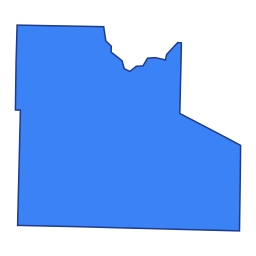 the district of Laclede, Missouri, United States of America
{"feature_id": "52423323B33468312624541", "entity_name": "Laclede", "entity_type": "district", "adm_level": 2, "iso_a3": "USA", "parent_name": "United States of America", "parent_adm1": "Missouri", "projection": "equal_earth", "projection_center": [-92.56, 37.684], "detail": "fine", "context": "isolated", "style": "filled", "palette": "blue", "viewbox_px": 256, "rotation_deg": 0, "n_neighbors": 0, "source": "geoboundaries", "source_scale": "gbopen_adm2", "svg_char_len": 466}
<svg xmlns="http://www.w3.org/2000/svg" viewBox="0 0 256 256"><path d="M79.2,226.7L126.3,228.0L239.5,230.9L240.4,166.8L240.6,145.4L220.3,134.6L179.8,113.5L181.3,48.8L181.4,42.9L177.7,42.6L166.6,54.5L165.5,59.9L155.2,57.6L147.5,58.2L143.0,65.9L136.3,66.3L129.9,71.4L124.3,68.8L122.0,60.7L111.1,52.1L111.3,46.3L105.8,40.8L103.7,26.7L17.1,25.1L16.1,60.3L15.4,110.0L20.4,110.1L17.6,225.5L18.1,225.4L79.2,226.7Z" fill="#3b82f6" stroke="#1e3a8a" stroke-width="1.5"/></svg>